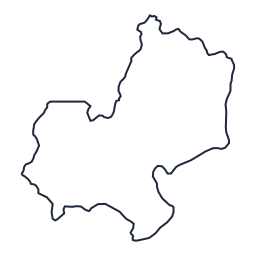 Edo, Mercator projection
{"feature_id": "NGA-2861", "entity_name": "Edo", "entity_type": "State", "adm_level": 1, "iso_a3": "NGA", "parent_name": "Nigeria", "parent_adm1": "", "projection": "mercator", "projection_center": [5.875, 6.657], "detail": "fine", "context": "isolated", "style": "outline", "palette": "slate", "viewbox_px": 256, "rotation_deg": 0, "n_neighbors": 0, "source": "natural_earth", "source_scale": "10m", "svg_char_len": 2389}
<svg xmlns="http://www.w3.org/2000/svg" viewBox="0 0 256 256"><path d="M229.0,143.1L225.2,147.7L221.7,148.9L217.4,148.1L213.0,148.2L205.6,151.4L190.8,160.3L179.2,165.1L176.0,167.1L171.0,173.5L167.5,173.5L165.1,169.5L162.0,166.3L157.8,165.9L155.0,168.5L153.2,172.0L152.8,176.4L156.8,183.2L157.1,187.4L158.6,192.2L162.3,198.4L169.6,205.2L171.9,205.7L173.5,207.1L173.6,211.9L172.1,216.6L167.1,222.4L160.3,227.5L155.3,233.5L149.0,238.0L137.1,240.6L134.9,240.6L132.8,239.9L132.6,237.9L133.1,236.5L132.5,235.1L131.1,233.9L130.6,232.5L133.2,228.2L133.7,223.7L130.3,221.1L126.2,218.9L119.5,211.6L105.3,203.9L97.8,204.2L91.0,208.4L90.2,210.0L89.0,211.0L87.8,210.7L85.6,209.9L80.9,206.5L76.3,206.2L72.7,206.8L64.8,206.4L63.5,209.3L64.2,213.4L57.1,219.5L55.0,220.4L52.6,218.5L51.6,212.1L52.7,204.0L46.9,197.3L38.4,193.2L38.4,189.4L36.2,185.8L34.8,184.8L33.3,184.2L31.9,184.1L30.7,183.7L30.4,182.1L27.9,179.0L24.9,176.5L22.5,175.1L21.8,173.9L22.0,173.0L22.8,172.1L23.5,170.6L24.1,167.0L25.8,164.4L28.5,163.5L31.6,161.8L33.3,158.8L34.2,155.2L36.2,152.1L39.1,145.6L36.9,139.2L34.8,135.9L33.8,135.3L33.2,134.3L33.2,130.5L33.6,128.7L34.1,124.7L35.5,122.2L39.3,117.5L43.6,113.3L45.2,110.0L47.2,107.3L47.2,104.2L48.6,102.6L50.6,101.6L84.8,101.6L90.4,106.1L88.4,109.1L87.2,112.6L90.4,120.7L93.1,120.3L99.1,115.4L102.6,115.7L104.1,117.1L108.0,118.0L110.1,117.3L111.4,116.4L113.1,113.5L113.8,111.8L115.2,104.0L116.3,100.9L119.1,100.2L119.1,98.3L119.6,97.5L120.1,97.2L120.7,96.1L120.2,94.6L118.5,90.9L118.7,86.6L120.3,82.1L123.6,78.7L125.2,76.6L125.9,73.6L131.5,60.7L131.2,59.5L131.3,57.9L134.0,54.9L137.0,52.2L139.0,50.9L140.6,49.1L141.8,45.1L141.4,42.4L140.6,40.7L140.1,36.8L141.5,34.2L140.9,32.0L137.3,29.7L138.4,25.4L140.0,24.0L143.3,23.1L144.8,22.5L147.6,19.1L149.9,15.4L152.0,16.5L154.4,16.0L156.5,17.3L156.0,19.7L160.0,21.1L160.9,23.8L159.5,29.2L162.5,33.4L168.2,33.3L173.8,31.0L176.3,29.4L178.6,28.9L179.9,31.0L181.7,32.6L185.8,35.4L189.2,39.3L192.1,39.5L196.7,38.3L199.2,38.6L202.3,41.4L205.1,48.3L206.7,50.4L207.2,52.8L208.8,55.1L214.9,53.9L219.9,51.9L223.1,51.6L224.9,53.0L226.3,54.7L226.6,56.9L228.3,57.8L231.5,58.8L231.8,59.9L233.7,64.1L234.0,65.2L234.2,67.6L233.7,69.9L232.2,74.4L231.6,80.8L230.6,83.7L230.5,84.9L230.5,90.3L230.3,91.4L227.1,98.3L225.8,103.1L225.6,105.1L226.3,111.6L225.8,127.3L226.3,132.5L228.8,139.5L229.0,141.3L229.0,143.1Z" fill="none" stroke="#1e293b" stroke-width="2"/></svg>